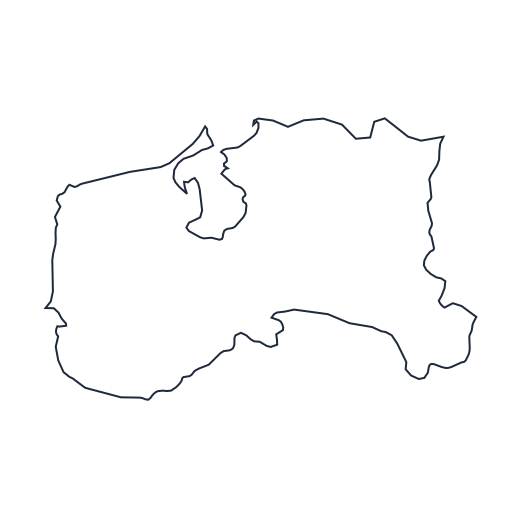 Tulcea, Mercator projection, rotated 175°
{"feature_id": "ROU-4847", "entity_name": "Tulcea", "entity_type": "County", "adm_level": 1, "iso_a3": "ROU", "parent_name": "Romania", "parent_adm1": "", "projection": "mercator", "projection_center": [28.807, 45.066], "detail": "fine", "context": "isolated", "style": "outline", "palette": "slate", "viewbox_px": 512, "rotation_deg": 175, "n_neighbors": 0, "source": "natural_earth", "source_scale": "10m", "svg_char_len": 3264}
<svg xmlns="http://www.w3.org/2000/svg" viewBox="0 0 512 512"><g transform="rotate(175 256 256)"><path d="M104.6,119.3L111.9,123.4L116.8,130.1L115.5,137.2L122.9,156.4L127.7,165.2L133.5,169.0L137.7,170.1L146.5,175.1L168.7,180.9L189.5,191.8L222.7,199.3L232.0,198.1L239.9,197.9L243.1,196.5L245.9,193.2L238.8,190.0L237.0,188.4L235.8,185.8L235.1,182.6L235.6,179.8L242.7,176.2L242.4,170.9L242.6,165.8L249.3,164.1L253.2,165.5L259.7,170.2L265.4,171.2L268.6,173.5L272.7,177.9L277.7,180.8L283.4,178.7L284.6,176.2L285.3,169.4L286.8,166.3L288.6,165.0L290.8,164.3L296.4,164.1L299.8,162.4L312.6,151.8L322.8,148.8L327.1,146.9L330.7,143.1L332.8,142.1L338.8,141.7L340.1,140.7L341.0,138.2L343.1,135.6L346.9,132.3L352.3,129.3L356.4,129.2L360.5,130.0L365.7,129.9L367.9,129.0L370.1,127.5L372.0,125.6L373.5,123.8L375.8,122.2L378.5,122.8L381.2,124.2L383.7,125.0L402.9,127.0L437.7,139.6L449.4,150.1L452.3,151.8L457.8,157.0L462.1,169.2L463.4,183.0L460.1,193.2L461.5,195.5L461.9,198.0L461.3,200.7L460.0,203.3L457.8,202.8L451.2,203.1L451.2,205.3L455.0,210.5L457.7,216.8L462.0,221.6L470.2,222.5L464.4,228.6L461.4,238.4L459.3,269.5L458.0,275.5L454.7,285.5L454.0,290.5L453.7,296.3L453.0,301.5L451.2,304.8L452.9,312.4L446.6,322.2L449.7,328.7L448.1,333.0L446.1,334.4L443.7,334.8L441.2,336.2L437.6,341.6L435.7,343.2L430.8,340.6L428.0,341.1L425.4,342.5L423.0,343.2L374.2,350.8L343.3,352.9L334.3,355.9L309.2,373.2L301.8,380.4L295.4,389.5L293.7,386.9L293.9,381.7L290.5,375.2L289.0,369.8L294.6,367.4L300.6,366.3L309.8,361.6L319.8,359.1L325.4,355.1L329.9,349.0L331.4,341.0L329.9,336.6L326.7,331.9L319.3,323.9L320.7,329.5L321.1,332.3L321.2,336.2L317.2,335.3L313.6,337.9L310.3,339.0L307.4,333.8L306.3,327.3L305.7,306.0L308.3,299.3L319.9,295.0L322.9,290.4L320.7,286.7L309.8,279.4L306.5,278.1L298.8,278.1L291.0,275.4L288.4,275.9L287.5,277.7L286.7,281.0L285.3,284.1L282.5,285.5L277.0,285.9L274.4,287.0L265.2,295.8L262.6,299.8L261.1,307.2L261.5,309.3L263.8,311.0L264.4,313.4L263.9,315.4L262.7,316.4L261.6,317.0L261.1,318.1L261.8,321.2L263.6,323.9L265.6,325.8L271.2,328.3L283.3,341.0L280.1,344.4L278.7,345.4L276.5,345.8L278.8,347.7L279.9,348.2L279.9,350.8L276.8,352.9L276.6,356.1L278.5,359.7L281.8,362.6L279.3,364.5L276.2,365.3L265.1,365.7L262.4,366.7L247.3,376.1L244.8,378.5L242.4,383.4L242.0,388.0L243.6,389.9L247.3,386.9L246.3,391.1L241.6,392.7L227.3,389.5L212.9,381.9L196.7,387.0L176.9,387.0L158.9,379.4L146.3,364.1L131.9,364.1L126.5,379.4L115.7,381.9L104.9,371.8L94.1,361.6L81.5,356.5L58.8,358.5L62.7,351.8L64.2,344.4L65.2,336.0L67.7,330.6L74.4,321.7L76.4,318.1L76.8,316.6L76.4,314.9L76.2,299.3L77.0,297.5L80.5,294.0L80.4,286.0L77.8,273.2L78.4,270.7L80.7,266.9L81.3,264.6L81.0,262.5L80.4,261.4L79.8,260.7L79.5,259.8L78.0,248.3L78.7,246.6L82.1,245.1L85.8,241.4L88.7,236.7L89.6,232.1L87.6,227.4L83.3,222.7L78.2,219.0L73.6,217.6L69.6,214.5L70.9,207.7L74.6,200.2L77.8,195.5L76.9,193.1L75.7,191.2L74.4,189.7L72.7,188.2L64.0,191.8L55.5,188.2L41.8,176.1L45.1,171.0L46.2,168.8L47.5,163.4L47.8,162.6L49.9,158.8L50.4,157.6L50.6,156.3L51.1,145.7L51.6,142.7L52.7,139.4L56.1,133.8L57.9,132.4L60.5,132.1L71.4,128.3L74.1,127.8L76.4,127.8L80.7,129.2L88.0,132.7L90.6,133.2L91.9,132.7L92.9,131.7L93.8,129.5L94.2,127.6L95.1,124.6L98.6,120.4L98.9,119.9L104.6,119.3Z" fill="none" stroke="#1e293b" stroke-width="2"/></g></svg>